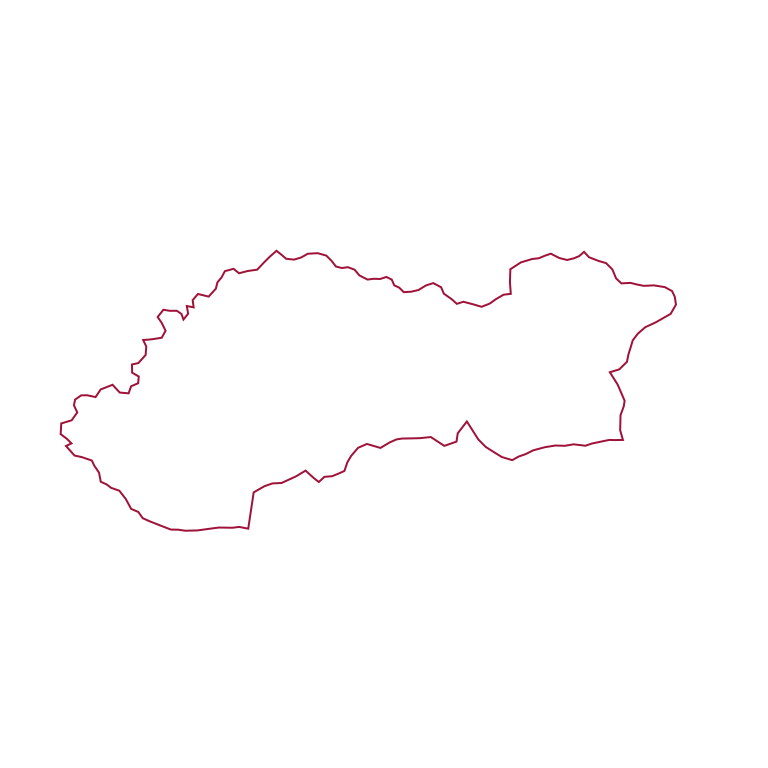 outline of Mandaguaçu, Paraná, Brazil, rotated 225°
{"feature_id": "56859067B52596014738529", "entity_name": "Mandaguaçu", "entity_type": "district", "adm_level": 2, "iso_a3": "BRA", "parent_name": "Brazil", "parent_adm1": "Paraná", "projection": "mercator", "projection_center": [-52.052, -23.286], "detail": "fine", "context": "isolated", "style": "outline", "palette": "rose", "viewbox_px": 768, "rotation_deg": 225, "n_neighbors": 0, "source": "geoboundaries", "source_scale": "gbopen_adm2", "svg_char_len": 2566}
<svg xmlns="http://www.w3.org/2000/svg" viewBox="0 0 768 768"><g transform="rotate(225 384 384)"><path d="M584.3,127.9L577.2,119.9L569.3,121.0L563.0,121.0L565.0,115.3L552.2,114.6L546.2,118.5L536.4,123.3L531.2,121.4L522.8,119.8L515.2,114.6L509.0,116.9L503.6,117.6L495.7,121.4L485.3,120.1L474.5,116.9L467.2,119.8L459.7,118.5L452.9,121.1L443.2,125.3L431.7,130.4L426.7,135.3L420.7,139.8L412.5,148.4L403.0,160.9L399.2,165.8L389.4,175.3L385.4,180.5L377.7,185.7L399.5,215.2L396.3,227.1L392.6,234.8L386.5,241.5L380.9,256.5L378.2,267.3L367.6,267.8L360.8,268.6L360.5,276.2L355.5,282.1L352.8,288.5L350.5,294.5L354.6,302.9L356.4,310.0L357.2,320.6L353.7,329.5L341.3,336.3L338.7,346.6L336.0,353.6L332.5,358.4L325.9,365.2L320.4,371.0L313.4,379.6L305.7,381.2L297.6,382.9L292.0,394.5L297.0,401.3L298.9,416.1L278.2,411.5L267.8,411.4L258.7,413.4L249.0,415.7L239.5,420.8L237.5,427.9L234.2,434.7L231.6,442.6L225.6,453.0L219.4,461.6L212.4,468.2L207.3,475.4L197.9,482.8L194.9,488.9L190.2,496.1L185.2,503.7L181.1,507.6L175.5,513.4L184.3,518.3L194.7,529.2L198.7,537.8L202.0,542.3L218.3,548.8L232.6,552.0L228.0,560.7L227.9,571.5L232.1,577.8L235.6,584.5L239.0,590.8L240.1,599.2L239.4,609.0L235.4,619.9L230.9,636.3L233.7,646.6L240.1,651.3L246.0,653.4L253.9,651.1L262.9,644.6L269.6,637.2L275.2,633.4L281.2,629.8L287.3,623.0L294.6,622.8L303.5,626.5L312.5,626.5L319.2,622.8L328.7,618.6L336.0,618.9L336.4,612.5L338.7,607.0L342.2,601.2L349.0,597.1L358.2,594.1L361.1,588.1L363.4,582.5L367.6,577.2L373.2,566.8L375.8,554.5L367.1,545.2L358.1,537.4L362.6,531.7L364.9,523.0L366.1,515.6L369.6,507.6L377.1,503.5L386.0,498.3L389.2,492.2L396.3,491.8L405.6,490.2L412.0,492.8L420.5,490.2L424.0,483.4L426.1,474.8L430.1,468.4L435.0,462.9L441.4,462.9L446.5,461.0L452.3,463.3L458.0,461.4L461.0,455.5L465.7,451.1L469.5,446.2L478.1,443.4L485.7,444.0L492.1,441.1L495.8,436.2L501.1,433.1L508.3,434.0L515.6,434.0L523.4,429.6L530.0,422.2L532.0,415.0L535.6,408.3L541.7,403.4L548.8,402.8L554.2,402.2L554.8,392.9L554.8,385.1L554.5,375.2L560.3,367.5L564.8,359.8L571.8,359.1L576.3,351.3L574.2,344.3L573.7,338.2L570.3,332.5L569.8,321.8L579.2,316.1L578.6,308.0L572.8,303.6L578.6,299.7L572.2,295.2L571.4,287.8L576.7,290.3L582.2,289.3L587.2,284.3L592.5,280.5L591.4,271.3L584.6,270.1L576.1,267.2L573.9,259.5L580.2,250.9L585.4,244.8L578.6,242.4L573.1,236.0L572.5,225.1L576.0,219.6L570.1,213.9L562.7,215.9L558.4,210.7L561.2,203.6L558.0,196.8L564.8,191.1L575.4,191.5L580.5,179.8L578.7,170.8L586.0,166.1L590.1,161.8L591.4,154.6L588.2,149.7L580.8,147.0L579.2,137.5L584.3,127.9Z" fill="none" stroke="#9f1239" stroke-width="2"/></g></svg>